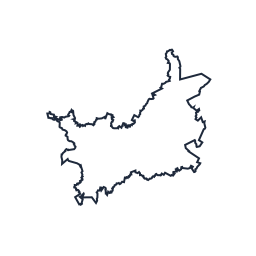 outline of Centro, Tabasco, Mexico, rotated 22°
{"feature_id": "50627088B91103141200300", "entity_name": "Centro", "entity_type": "district", "adm_level": 2, "iso_a3": "MEX", "parent_name": "Mexico", "parent_adm1": "Tabasco", "projection": "natural_earth1", "projection_center": [-92.965, 18.027], "detail": "fine", "context": "isolated", "style": "outline", "palette": "slate", "viewbox_px": 256, "rotation_deg": 22, "n_neighbors": 0, "source": "geoboundaries", "source_scale": "gbopen_adm2", "svg_char_len": 5936}
<svg xmlns="http://www.w3.org/2000/svg" viewBox="0 0 256 256"><g transform="rotate(22 128 128)"><path d="M80.3,186.0L83.7,179.4L84.4,180.2L85.5,180.7L94.0,179.8L97.7,180.3L97.4,180.8L98.2,181.5L98.4,180.7L102.0,185.1L101.5,186.6L103.2,188.3L103.4,189.7L104.1,190.0L103.4,191.4L104.3,192.0L104.3,192.9L105.0,192.6L105.2,193.0L104.7,193.8L105.2,194.2L104.7,194.0L104.5,194.5L103.6,195.0L103.9,195.3L103.7,196.0L104.3,196.3L104.1,196.7L103.5,196.8L103.3,197.8L102.3,198.2L102.5,199.0L101.7,199.0L101.8,199.5L101.4,200.4L100.0,200.8L100.5,201.9L100.2,202.9L100.5,203.3L101.2,203.1L102.5,203.4L102.8,204.4L103.5,205.1L104.4,204.3L105.2,204.2L106.9,205.3L107.1,205.6L106.6,206.0L108.3,207.0L104.9,211.9L111.4,217.1L112.1,216.4L112.9,216.8L113.7,215.5L113.1,214.7L112.7,211.0L109.2,209.9L110.3,208.5L111.4,205.4L111.7,205.7L111.6,208.1L112.1,209.0L113.0,208.9L120.4,205.8L126.4,209.5L126.6,206.9L125.6,205.3L125.7,204.1L124.3,200.3L123.1,199.4L123.5,198.7L123.5,197.1L125.2,196.6L124.6,193.5L125.9,193.2L126.8,195.2L127.6,191.8L129.4,191.9L129.9,192.2L130.4,193.3L130.2,193.8L130.6,194.1L131.8,196.7L132.2,196.3L132.7,197.3L133.7,197.9L133.6,196.4L133.1,196.4L133.8,195.5L133.6,194.6L135.1,195.2L135.6,194.8L135.6,193.9L136.4,194.4L136.9,194.0L136.7,192.7L137.2,191.9L137.0,191.0L136.0,190.0L136.6,189.5L136.3,188.5L137.2,187.5L137.0,186.1L138.3,184.8L138.2,183.6L139.6,183.1L140.1,182.4L141.4,183.1L142.0,182.3L142.7,180.0L144.6,179.7L143.7,175.3L144.9,175.3L144.9,174.1L145.2,174.0L146.5,174.3L146.6,172.4L147.0,172.0L147.5,172.4L147.9,170.6L147.6,170.3L148.5,169.8L147.3,168.0L150.8,164.7L151.5,166.3L153.9,166.2L154.7,164.7L156.1,165.5L156.8,167.2L158.0,166.6L159.4,167.1L159.9,166.6L160.5,166.8L160.9,168.0L161.8,168.2L162.0,168.6L162.8,168.7L163.9,167.9L164.6,168.1L164.9,168.7L166.2,168.7L167.2,166.7L167.9,166.6L168.8,165.7L168.9,164.1L169.3,163.4L170.5,163.5L170.5,162.2L171.0,162.1L171.0,160.4L171.5,160.0L171.9,160.5L173.5,160.6L174.5,160.0L175.8,159.8L175.9,159.2L176.3,159.2L176.4,157.6L178.7,158.0L179.1,155.6L185.5,156.3L186.0,155.3L186.7,155.4L187.1,154.8L187.7,155.0L188.0,153.8L187.7,154.0L187.1,153.2L187.6,153.0L186.7,151.7L189.4,150.1L187.8,148.4L188.5,147.8L188.3,147.4L188.7,147.1L188.9,147.6L189.1,147.0L190.0,147.8L189.9,148.6L191.3,147.9L191.6,148.2L192.7,146.4L192.1,144.3L192.8,143.8L193.5,144.7L198.7,143.3L200.3,142.0L200.6,139.4L202.6,139.6L202.2,141.6L205.8,144.1L206.3,143.8L206.8,142.7L205.9,141.1L206.7,140.0L206.8,138.0L208.1,134.8L208.2,133.6L204.9,133.8L205.2,129.5L193.0,127.0L193.2,126.5L189.1,125.0L187.3,122.3L194.4,114.2L195.0,114.6L195.9,116.6L197.4,117.4L198.5,119.6L198.9,119.8L201.3,118.1L202.3,113.5L198.3,112.7L198.7,100.7L199.5,99.9L199.6,98.7L196.9,94.9L196.6,93.2L195.1,94.5L191.8,90.7L190.0,95.0L187.3,94.5L187.2,93.6L187.6,92.7L186.3,91.7L186.6,90.2L185.3,88.4L185.6,87.7L187.0,86.6L187.0,85.2L187.4,84.9L186.7,83.8L185.2,86.2L181.1,85.0L181.1,84.2L180.8,84.7L179.0,85.0L178.1,84.2L175.5,83.0L172.6,80.3L178.0,73.9L181.5,70.4L181.0,67.2L180.3,67.1L180.6,63.5L182.7,61.1L183.1,59.4L184.4,57.7L185.6,55.0L186.1,52.1L175.8,50.2L158.1,63.5L154.2,53.6L153.1,52.9L153.6,51.5L153.3,50.8L150.5,46.8L148.4,45.4L147.7,43.7L147.0,43.2L145.4,44.2L144.2,44.4L143.2,44.1L142.6,43.1L141.1,42.9L140.3,41.7L141.0,40.0L139.5,38.9L138.8,39.2L138.3,40.0L137.5,40.0L136.5,41.7L135.5,42.3L135.7,43.7L135.3,45.2L136.8,47.5L136.5,48.6L137.6,49.6L138.8,49.6L140.7,50.7L140.6,52.7L142.1,52.3L142.9,52.9L145.0,58.3L144.3,61.4L144.4,62.4L145.3,63.2L145.1,64.5L146.2,64.9L148.0,64.8L148.3,66.6L147.9,67.8L149.0,68.7L146.0,71.0L145.7,72.1L144.4,73.7L143.0,74.2L143.5,77.7L143.1,78.4L144.7,78.7L137.7,86.6L140.6,87.2L139.8,87.9L138.3,88.1L140.6,90.9L140.3,91.6L138.4,92.6L137.1,92.8L136.5,93.6L136.3,96.8L136.5,97.7L135.8,99.1L135.7,100.8L134.5,102.2L135.5,103.9L134.7,104.4L134.8,105.4L134.1,106.7L133.1,107.2L133.7,107.7L133.3,108.9L134.1,110.5L133.6,111.5L133.9,112.7L133.4,114.2L129.0,113.7L128.6,119.2L130.7,119.5L130.8,118.8L131.4,118.4L132.3,120.3L131.5,122.2L130.6,122.5L130.6,123.8L129.8,123.6L129.4,124.1L129.1,124.8L129.4,125.9L128.7,126.2L127.8,125.1L126.8,125.7L127.3,127.9L125.7,128.1L124.7,125.7L124.0,126.4L124.0,125.5L122.9,125.6L122.8,125.1L121.8,125.3L121.8,130.2L119.2,129.5L118.9,130.1L119.0,131.8L118.3,131.6L118.2,132.2L115.1,133.5L113.9,133.6L112.1,132.6L111.5,132.6L111.3,132.1L111.7,131.6L110.6,130.1L110.6,129.0L110.7,128.1L111.3,127.9L111.3,126.1L109.8,125.9L109.1,124.7L109.5,124.7L110.5,123.4L108.1,122.5L108.5,121.9L107.2,121.7L105.4,122.3L103.3,122.0L103.5,128.3L102.5,126.1L100.1,128.9L97.3,130.4L95.4,130.6L95.9,131.7L95.4,132.0L95.3,134.5L94.6,135.1L95.0,135.9L94.7,136.4L95.4,137.0L94.9,138.4L93.1,138.0L90.5,138.9L89.5,138.6L89.1,139.6L88.2,139.7L87.3,140.6L87.4,142.1L86.2,142.0L85.5,143.0L84.7,142.3L83.9,143.1L82.1,142.6L82.0,143.0L82.9,143.8L83.1,144.6L82.9,144.9L81.9,144.0L80.2,144.8L80.1,144.3L80.6,143.4L79.8,143.4L79.2,142.1L78.4,142.0L77.7,143.0L77.4,141.9L75.5,141.8L75.2,141.2L75.6,140.6L75.4,140.1L74.3,140.2L75.3,139.4L75.2,138.7L72.6,136.4L70.7,132.7L70.0,132.5L69.6,132.7L69.9,134.4L69.5,134.4L69.1,133.5L69.3,132.9L68.9,132.6L68.9,133.9L67.9,135.0L67.9,136.4L67.5,138.0L68.2,138.9L68.8,138.8L68.7,139.2L65.8,141.0L65.1,142.1L62.7,142.5L61.1,143.5L61.3,144.2L62.7,144.1L63.5,145.1L62.5,146.0L55.6,145.9L56.8,144.6L54.9,144.7L54.3,143.4L51.1,144.0L50.0,142.5L49.4,142.5L49.8,143.8L47.8,144.8L50.4,148.4L51.4,147.9L52.3,148.1L52.9,147.5L55.6,148.2L56.2,147.8L56.6,148.0L58.3,146.8L59.9,148.1L62.0,148.1L62.8,148.8L64.1,152.6L65.1,153.0L66.6,152.8L67.9,154.0L70.2,153.7L72.1,154.1L73.2,154.9L73.3,156.6L72.8,157.3L73.0,158.4L75.2,158.8L76.3,161.1L77.1,161.8L78.7,162.1L80.5,161.5L82.9,161.9L83.9,162.3L83.7,163.1L84.7,163.7L85.0,164.4L86.3,164.9L86.5,166.1L86.0,167.8L81.3,170.6L80.8,170.5L80.6,171.0L78.9,170.6L78.4,171.3L78.1,173.0L78.4,173.1L77.0,175.7L76.8,177.4L76.4,177.5L77.1,179.7L79.2,182.7L80.3,186.0Z" fill="none" stroke="#1e293b" stroke-width="2"/></g></svg>